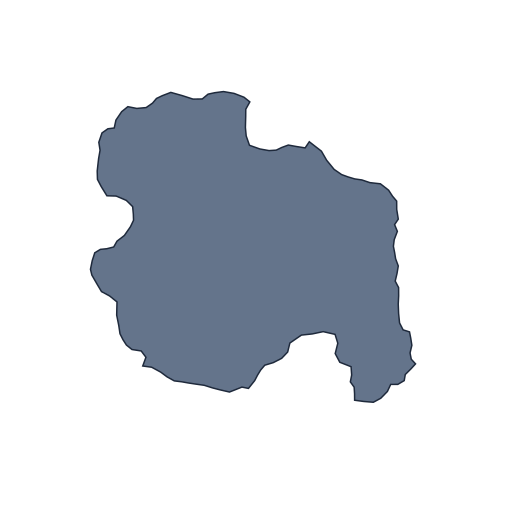 Senador Firmino, Minas Gerais, Brazil, rotated 110°
{"feature_id": "56859067B42081947942118", "entity_name": "Senador Firmino", "entity_type": "district", "adm_level": 2, "iso_a3": "BRA", "parent_name": "Brazil", "parent_adm1": "Minas Gerais", "projection": "orthographic", "projection_center": [-43.103, -20.899], "detail": "fine", "context": "isolated", "style": "filled", "palette": "slate", "viewbox_px": 512, "rotation_deg": 110, "n_neighbors": 0, "source": "geoboundaries", "source_scale": "gbopen_adm2", "svg_char_len": 1955}
<svg xmlns="http://www.w3.org/2000/svg" viewBox="0 0 512 512"><g transform="rotate(110 256 256)"><path d="M113.3,314.5L110.9,321.6L110.7,332.2L112.6,342.8L116.6,350.5L120.3,356.4L126.8,360.2L130.1,368.8L130.5,380.0L131.4,392.0L137.4,398.9L142.0,403.4L147.7,405.5L154.1,410.0L158.1,418.5L159.5,427.5L166.3,431.6L176.2,434.1L184.2,433.0L187.1,438.7L193.0,442.8L202.9,442.6L210.0,438.7L218.4,437.2L230.4,434.3L238.2,431.2L243.7,425.2L250.4,416.7L247.5,407.9L248.1,396.9L251.8,388.8L258.6,385.6L264.3,383.3L271.5,384.0L281.7,386.7L289.6,391.7L296.2,392.8L300.2,398.7L303.0,404.5L308.1,408.6L316.4,408.3L325.1,407.0L330.1,403.7L336.4,396.2L342.3,389.0L343.6,380.0L346.7,370.9L359.2,366.7L368.4,361.1L375.6,357.2L380.2,352.3L384.0,347.3L386.3,340.6L384.5,331.4L388.8,324.8L398.1,324.8L396.2,316.0L397.7,305.9L400.0,298.2L401.3,290.1L399.6,282.7L398.5,276.4L397.1,269.4L395.2,260.4L394.8,251.6L394.1,244.2L392.9,234.4L388.2,229.1L384.0,224.4L383.0,217.8L373.5,214.6L367.4,213.8L361.5,212.6L355.6,210.4L350.3,203.3L343.4,196.9L335.4,193.4L326.2,194.4L314.8,186.3L310.0,176.5L304.1,167.0L302.6,154.9L310.0,149.3L320.6,148.2L327.2,140.9L327.5,128.8L335.1,125.4L342.0,124.3L345.7,118.9L351.9,116.2L357.8,114.0L355.9,105.2L353.3,95.7L347.0,90.1L338.4,86.2L330.6,85.5L328.1,78.8L322.4,74.1L316.3,75.2L309.1,71.8L302.8,69.2L299.9,74.8L294.4,78.1L286.6,79.0L280.1,82.6L274.8,85.8L275.1,92.5L269.8,98.2L261.3,102.3L252.5,105.9L244.7,108.3L236.9,111.2L232.0,116.6L224.3,117.5L216.7,118.9L210.8,123.9L205.2,127.0L199.9,130.2L193.4,131.7L184.5,131.6L179.1,136.5L172.7,134.9L164.1,139.7L156.3,142.6L153.1,148.2L148.8,153.9L145.6,163.8L148.1,174.1L148.3,182.5L149.8,189.6L150.2,196.6L150.2,203.4L147.9,212.2L141.9,222.3L135.1,230.4L132.7,237.9L130.4,245.0L137.6,246.8L139.3,255.5L140.7,263.6L145.2,268.9L149.6,273.2L152.5,279.8L154.1,289.0L154.2,300.0L146.5,306.3L138.9,309.9L128.4,313.4L121.6,315.8L113.3,314.5Z" fill="#64748b" stroke="#1e293b" stroke-width="1.5"/></g></svg>